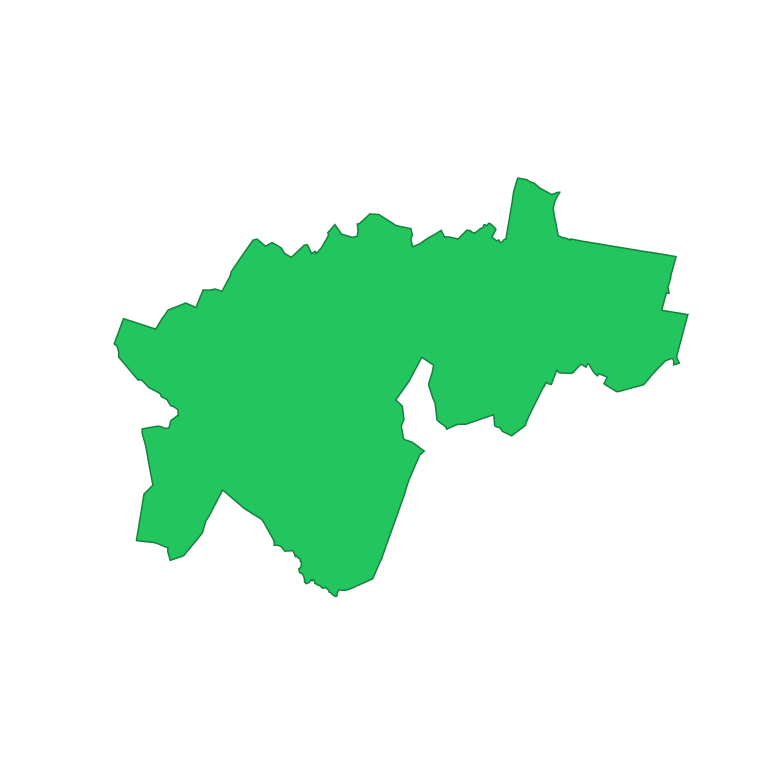 Vircavas pag., Jelgava, Latvia (Robinson projection), rotated 112°
{"feature_id": "27541924B57397362903980", "entity_name": "Vircavas pag.", "entity_type": "district", "adm_level": 2, "iso_a3": "LVA", "parent_name": "Latvia", "parent_adm1": "Jelgava", "projection": "robinson", "projection_center": [23.832, 56.527], "detail": "fine", "context": "isolated", "style": "filled", "palette": "green", "viewbox_px": 768, "rotation_deg": 112, "n_neighbors": 0, "source": "geoboundaries", "source_scale": "gbopen_adm2", "svg_char_len": 6063}
<svg xmlns="http://www.w3.org/2000/svg" viewBox="0 0 768 768"><g transform="rotate(112 384 384)"><path d="M205.7,128.3L205.9,128.6L211.6,153.9L211.5,154.2L193.8,156.3L193.2,153.7L188.7,156.3L187.6,157.5L186.6,157.1L178.5,157.8L178.2,158.2L174.7,158.8L156.5,160.9L157.2,164.2L160.6,179.6L162.1,186.4L162.4,187.1L164.5,196.1L164.5,196.4L168.2,212.9L168.2,213.2L168.3,213.2L173.9,238.6L177.0,252.2L177.2,252.9L179.6,265.3L180.8,265.2L180.7,270.2L180.8,271.1L181.0,271.6L181.7,271.9L181.5,272.3L181.3,274.0L181.2,277.2L181.2,278.1L168.9,285.9L169.0,286.3L168.5,286.7L167.8,286.8L167.3,287.2L167.3,287.4L166.0,288.1L165.9,288.0L157.5,293.1L150.0,294.0L144.1,293.6L141.2,292.9L140.6,292.8L140.4,292.8L140.7,293.8L141.6,295.2L145.3,299.1L145.6,299.7L144.9,304.6L144.1,311.6L143.8,313.2L142.3,318.0L141.6,319.8L141.5,320.4L141.5,321.0L142.0,322.0L141.5,326.1L141.0,328.0L143.0,337.2L156.8,335.9L162.9,334.5L167.4,333.3L203.9,325.3L204.0,325.5L204.6,326.4L206.3,327.3L207.6,327.4L208.8,328.4L209.1,329.3L208.5,330.3L207.9,330.7L207.6,331.2L207.6,331.9L208.4,332.5L208.9,333.2L208.9,334.2L208.6,335.0L207.9,336.6L207.9,337.2L207.9,337.7L207.4,339.0L198.8,338.1L197.5,340.0L195.6,345.2L195.8,347.2L198.9,348.0L198.7,348.6L198.7,349.0L198.5,350.2L198.8,350.8L199.5,351.1L199.9,351.1L201.3,350.5L201.5,350.6L202.5,351.4L202.8,352.0L203.3,352.4L204.6,353.3L208.1,355.1L209.1,355.9L210.0,356.9L210.4,357.8L210.3,359.2L209.4,361.5L210.2,363.0L210.0,363.8L210.1,364.7L221.9,369.7L222.1,371.1L222.3,373.2L223.5,379.4L224.9,383.1L220.1,388.5L226.4,393.1L232.4,398.0L240.8,403.5L245.9,408.7L246.1,409.0L239.8,413.2L235.0,413.7L229.9,417.3L232.6,432.0L232.5,432.6L232.1,434.4L231.2,439.2L230.6,442.7L229.5,448.4L228.8,452.0L228.8,452.3L231.7,461.0L233.2,461.5L244.5,466.9L244.8,467.2L245.6,468.7L252.0,465.3L257.1,464.2L259.8,468.2L259.9,468.5L260.8,478.1L261.1,479.3L258.3,483.5L254.6,489.2L264.8,492.8L266.9,491.1L280.9,493.0L286.5,494.9L288.6,495.8L286.9,497.2L286.9,497.7L290.1,500.0L284.0,506.6L283.8,507.4L283.8,508.0L285.4,510.1L300.9,517.2L301.1,517.4L301.2,517.8L300.2,525.1L296.3,530.3L294.8,540.5L295.0,540.9L299.4,544.4L300.5,545.4L300.6,545.8L297.2,555.9L299.5,559.1L300.1,559.4L316.2,563.2L337.1,567.7L341.6,567.1L345.1,567.5L358.7,568.9L359.2,576.2L362.4,581.1L364.1,585.7L364.5,586.9L372.3,587.0L383.5,587.0L383.2,598.2L396.2,611.8L405.2,613.8L405.3,614.1L418.7,616.3L419.8,633.5L421.0,650.0L447.9,649.2L449.0,645.5L454.0,641.8L458.4,640.1L472.5,613.4L472.1,613.2L471.9,613.0L471.2,609.9L471.3,609.6L475.4,600.7L476.0,593.9L476.8,588.3L477.0,587.6L479.1,585.8L479.3,585.5L479.7,579.4L482.3,576.1L484.1,573.6L483.7,571.0L484.8,565.9L485.4,565.3L490.3,562.9L490.5,563.5L497.6,567.8L498.7,567.9L504.1,567.0L505.2,567.2L505.9,567.5L506.8,570.0L507.0,570.3L507.4,570.9L507.0,573.7L507.0,574.3L507.3,575.9L507.7,577.5L508.1,578.4L513.3,586.8L516.3,591.4L520.0,589.9L531.5,581.1L542.8,574.2L564.4,560.4L570.3,562.8L575.9,565.3L621.9,554.9L620.1,548.0L617.1,537.6L617.0,536.9L616.8,531.8L616.9,529.0L616.8,527.0L616.9,522.8L619.9,522.1L627.6,516.1L618.2,505.4L600.9,499.9L591.4,497.0L589.2,496.7L586.4,497.0L577.6,497.9L573.2,496.9L542.9,493.9L543.0,492.9L545.3,486.1L551.9,466.5L554.1,453.9L555.2,447.5L555.5,446.6L555.8,445.8L559.0,441.6L568.2,430.1L568.3,430.1L570.3,427.6L571.3,426.9L571.1,426.7L574.8,425.4L573.3,422.6L573.3,418.1L576.2,413.3L575.6,412.3L572.8,406.4L572.8,406.0L573.0,405.5L576.9,401.8L576.6,401.8L576.1,401.4L575.9,401.2L576.1,400.4L577.1,399.6L577.2,399.3L577.2,398.5L577.6,397.3L577.5,396.4L577.6,396.2L578.5,395.5L579.5,395.4L579.9,395.2L580.0,394.9L580.0,394.5L579.8,394.1L579.7,393.8L580.8,393.3L581.4,393.3L583.3,392.8L585.6,392.7L586.1,392.8L586.7,393.3L587.0,393.7L587.6,393.6L588.6,392.9L589.4,392.4L589.6,392.1L590.2,391.7L590.6,391.0L590.5,390.8L590.1,390.3L590.1,390.2L590.5,389.7L590.7,388.7L591.7,386.9L593.1,386.0L593.9,385.2L594.3,384.7L595.6,384.4L596.1,384.1L596.2,383.8L597.2,383.6L597.5,383.2L597.8,382.3L598.3,381.7L598.2,381.1L597.0,380.2L596.1,379.1L595.0,378.8L593.3,378.6L592.8,378.2L592.7,377.7L593.0,377.4L593.4,377.1L593.2,376.7L592.6,376.5L592.0,376.5L591.8,376.0L591.9,375.6L593.4,374.2L593.9,373.7L594.3,373.5L594.6,373.6L594.7,373.2L595.0,370.8L595.2,370.1L595.3,369.8L595.2,369.1L594.8,368.2L595.2,367.1L596.1,365.2L596.2,364.6L596.0,363.6L595.6,363.3L595.0,363.2L595.0,362.5L594.7,362.0L594.7,361.2L595.3,359.7L596.2,357.8L597.5,356.8L597.5,355.1L598.5,353.0L599.2,349.8L598.5,348.3L595.0,349.0L591.7,348.8L590.8,345.2L590.2,343.6L589.6,342.5L588.6,341.0L586.8,338.7L583.1,335.1L581.8,334.2L579.4,331.6L568.8,321.5L563.0,321.3L549.0,321.1L548.1,320.7L527.1,321.7L523.2,321.8L478.0,323.7L472.0,324.4L466.9,324.7L461.8,324.9L436.4,324.3L431.1,321.6L430.7,322.9L430.4,324.6L427.5,335.5L427.4,337.7L427.7,339.6L427.5,340.2L427.9,343.5L427.7,344.4L426.9,345.7L419.0,350.7L416.2,352.3L409.2,352.3L397.7,358.7L397.0,360.3L394.4,367.1L372.1,361.8L345.2,359.0L347.8,345.4L348.3,345.0L355.5,343.6L366.2,342.8L368.4,342.2L378.9,333.3L382.4,329.6L397.4,321.4L398.2,319.8L400.7,310.4L402.5,309.0L397.1,304.0L393.7,300.3L391.4,294.7L390.7,293.1L371.5,270.9L373.1,269.8L381.0,265.9L381.6,264.4L381.2,260.1L383.6,256.3L384.2,246.3L369.2,237.2L368.1,237.7L361.6,237.6L353.7,237.2L325.4,234.9L325.8,234.5L321.9,234.4L322.0,232.7L322.2,231.9L322.2,231.4L321.8,228.7L306.6,229.0L306.3,228.9L307.3,227.8L307.9,225.4L307.7,224.6L304.3,215.1L303.9,214.3L302.8,213.2L301.7,212.6L293.1,209.4L292.4,208.8L291.9,208.1L291.9,207.7L292.6,203.5L292.7,203.0L288.7,202.7L288.7,201.7L294.2,194.6L296.6,189.3L294.0,188.3L294.0,184.5L293.9,181.7L294.0,180.3L294.2,179.6L301.3,180.2L301.6,178.9L301.9,177.7L303.6,167.4L303.9,166.2L303.8,165.0L303.2,163.7L299.8,159.4L298.3,157.3L296.6,155.3L288.8,144.8L287.6,143.3L287.1,142.9L278.6,140.0L276.7,139.5L271.5,137.6L267.6,136.1L259.2,132.6L257.0,131.6L256.5,131.2L252.9,127.2L252.5,126.5L252.4,126.0L253.3,124.7L254.9,123.7L257.8,122.6L256.0,120.4L256.0,120.2L255.8,120.1L253.9,118.0L253.7,118.2L251.0,121.3L250.5,121.8L248.9,123.0L205.7,128.3Z" fill="#22c55e" stroke="#15803d" stroke-width="1.5"/></g></svg>